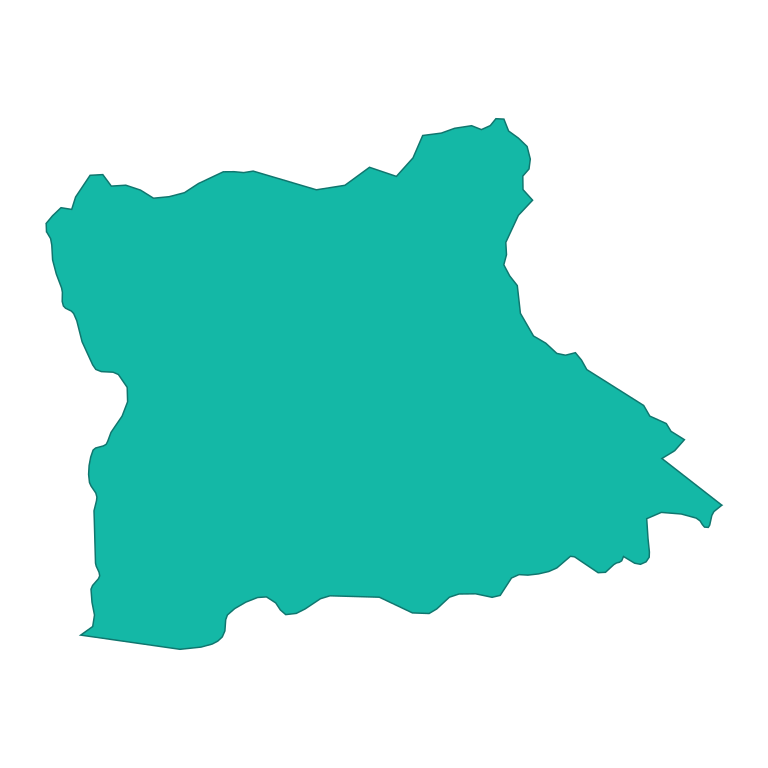 the border of Blagoevgrad
{"feature_id": "BGR-3002", "entity_name": "Blagoevgrad", "entity_type": "Province", "adm_level": 1, "iso_a3": "BGR", "parent_name": "Bulgaria", "parent_adm1": "", "projection": "robinson", "projection_center": [23.441, 41.745], "detail": "fine", "context": "isolated", "style": "filled", "palette": "teal", "viewbox_px": 768, "rotation_deg": 0, "n_neighbors": 0, "source": "natural_earth", "source_scale": "10m", "svg_char_len": 2231}
<svg xmlns="http://www.w3.org/2000/svg" viewBox="0 0 768 768"><path d="M80.7,635.1L92.7,626.5L94.5,615.1L92.0,602.3L91.0,589.2L92.6,585.4L98.4,578.8L99.7,575.9L99.1,572.4L96.2,566.1L95.5,563.1L94.3,520.3L94.0,510.8L96.5,500.7L96.9,497.1L95.8,493.0L91.1,486.1L89.5,482.6L88.6,474.4L89.1,465.6L90.7,457.1L93.1,450.1L95.6,448.0L103.4,445.9L106.2,444.3L107.7,441.3L111.0,432.4L115.4,425.9L122.1,416.1L127.6,401.8L127.2,387.4L118.4,374.5L113.1,372.2L101.3,371.6L95.8,369.4L92.7,364.9L82.1,341.8L76.8,320.8L73.7,313.6L71.4,311.1L65.5,308.2L64.1,306.7L63.4,306.0L62.2,301.4L62.4,292.3L61.6,288.0L56.3,274.0L52.6,259.9L51.8,245.2L50.6,238.6L46.7,232.0L46.5,231.9L46.2,223.8L46.1,223.5L52.5,215.8L61.0,207.7L71.7,209.4L75.6,197.0L90.1,175.3L102.8,174.6L111.3,186.1L125.8,185.2L140.5,190.1L153.5,198.2L169.1,196.7L184.4,192.7L198.5,183.5L223.3,171.8L234.1,171.7L243.7,172.6L253.2,171.1L316.4,189.8L344.9,185.3L369.5,167.3L396.4,176.4L413.0,157.9L422.7,135.5L441.3,133.1L454.6,128.3L471.6,125.7L481.4,129.6L490.3,125.6L495.9,118.7L503.9,119.1L508.6,131.0L518.4,138.1L527.1,146.5L530.3,159.1L529.0,169.0L522.8,176.1L523.0,189.6L532.6,200.2L518.4,215.3L505.8,242.4L506.5,254.7L503.8,264.8L509.7,275.9L517.3,285.6L520.4,313.3L533.5,336.0L545.8,343.2L556.8,353.4L565.5,355.2L575.4,352.7L581.5,360.1L586.8,369.6L643.7,405.5L649.8,416.1L659.1,420.3L666.3,423.6L671.0,431.3L684.4,439.7L674.7,450.7L661.9,458.5L721.7,505.1L721.9,505.2L721.2,505.7L713.9,511.6L711.8,515.5L709.7,525.1L708.3,527.4L704.5,527.1L702.3,524.5L700.1,520.9L696.2,518.1L681.3,514.0L661.3,512.4L646.7,518.7L648.0,538.4L649.4,552.0L649.2,557.2L646.1,561.8L640.5,564.3L634.6,563.2L623.5,556.5L621.7,560.8L619.3,562.3L616.6,562.9L613.8,564.6L605.5,572.3L598.1,572.7L574.5,556.8L570.4,556.3L556.9,567.9L548.8,571.5L538.5,573.9L527.9,575.1L519.0,574.6L511.5,578.0L500.2,595.4L492.1,597.3L475.6,593.8L459.0,594.0L449.4,597.2L436.8,608.9L435.3,609.8L429.1,613.5L412.4,612.9L379.3,597.2L330.0,595.8L320.5,598.7L305.2,608.9L296.3,613.4L285.7,614.6L280.4,610.0L275.7,602.9L266.5,596.9L257.6,597.5L245.9,602.1L234.7,608.6L227.4,615.0L225.7,619.7L224.9,630.9L222.3,636.9L217.8,641.1L212.3,644.0L201.0,647.1L180.0,649.3L80.7,635.1Z" fill="#14b8a6" stroke="#0f766e" stroke-width="1.5"/></svg>